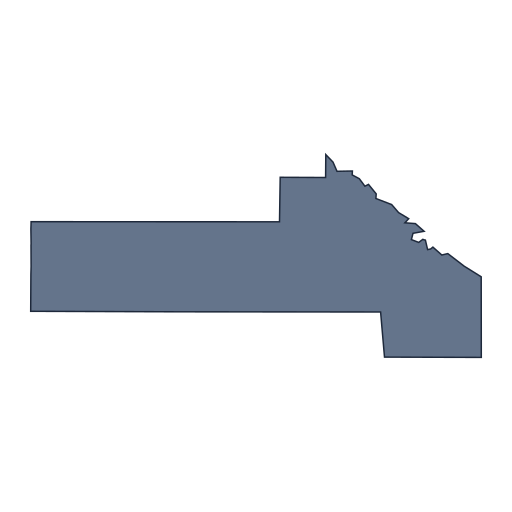 outline of Yellow Medicine, Minnesota, United States of America
{"feature_id": "52423323B81974861469446", "entity_name": "Yellow Medicine", "entity_type": "district", "adm_level": 2, "iso_a3": "USA", "parent_name": "United States of America", "parent_adm1": "Minnesota", "projection": "robinson", "projection_center": [-95.786, 44.739], "detail": "fine", "context": "isolated", "style": "filled", "palette": "slate", "viewbox_px": 512, "rotation_deg": 0, "n_neighbors": 0, "source": "geoboundaries", "source_scale": "gbopen_adm2", "svg_char_len": 732}
<svg xmlns="http://www.w3.org/2000/svg" viewBox="0 0 512 512"><path d="M30.7,311.3L178.8,311.8L380.6,312.0L384.5,357.1L481.3,357.4L481.2,276.8L464.2,266.2L447.8,253.6L441.8,255.0L432.9,247.1L430.6,249.0L427.6,249.6L425.4,240.1L425.2,240.0L424.4,239.9L423.6,239.7L423.1,239.4L422.9,239.3L418.7,242.4L411.4,239.6L413.0,233.3L424.1,231.3L415.4,223.6L404.9,222.8L408.7,218.7L398.6,212.6L391.7,204.6L375.9,198.5L376.2,193.9L368.5,184.4L364.9,186.2L359.3,178.7L352.2,174.9L352.4,171.0L337.0,171.3L333.0,162.1L325.8,154.6L325.6,177.5L280.2,177.3L279.5,221.8L31.1,221.7L31.1,221.8L31.0,225.8L30.9,228.5L30.9,229.5L31.0,236.8L31.1,244.2L31.0,244.9L31.1,266.6L30.9,274.4L30.7,311.3Z" fill="#64748b" stroke="#1e293b" stroke-width="1.5"/></svg>